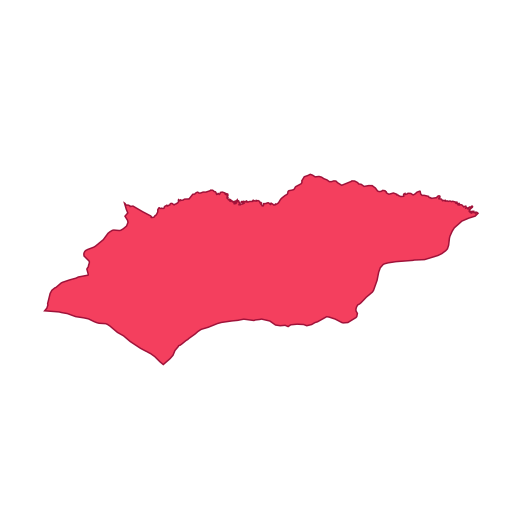 Nambak, Louangphrabang, Laos, rotated 45°
{"feature_id": "54806243B57265531802207", "entity_name": "Nambak", "entity_type": "district", "adm_level": 2, "iso_a3": "LAO", "parent_name": "Laos", "parent_adm1": "Louangphrabang", "projection": "albers", "projection_center": [102.383, 20.596], "detail": "fine", "context": "isolated", "style": "filled", "palette": "rose", "viewbox_px": 512, "rotation_deg": 45, "n_neighbors": 0, "source": "geoboundaries", "source_scale": "gbopen_adm2", "svg_char_len": 6071}
<svg xmlns="http://www.w3.org/2000/svg" viewBox="0 0 512 512"><g transform="rotate(45 256 256)"><path d="M270.7,135.7L266.6,145.4L261.9,146.5L259.5,146.5L257.9,147.9L256.7,150.2L255.2,151.6L252.4,152.0L249.4,153.3L246.6,153.9L244.3,155.2L241.9,158.2L238.7,158.9L236.6,159.9L235.8,162.3L234.1,165.8L235.2,170.4L236.3,171.3L236.7,172.2L236.8,173.2L235.1,178.7L235.1,179.7L235.7,181.4L235.6,182.6L234.7,184.2L233.1,186.5L233.0,187.2L233.2,188.1L234.2,189.3L234.4,190.5L233.8,192.5L233.3,196.5L233.3,198.4L234.3,202.5L234.2,203.3L233.7,205.4L233.6,205.7L233.0,205.6L233.1,206.7L232.5,207.4L230.8,207.5L230.5,208.0L229.6,207.8L229.0,208.6L229.5,209.3L227.2,209.6L226.3,210.6L226.4,211.1L225.9,212.0L225.2,212.5L225.0,213.3L224.3,213.7L225.6,215.1L225.6,215.6L224.9,216.2L223.9,215.8L223.1,216.0L222.3,214.7L221.6,214.7L221.3,215.5L219.8,214.9L218.2,215.4L217.7,216.3L216.9,216.5L217.2,217.1L215.7,218.2L214.6,218.5L214.5,218.9L215.1,219.7L212.8,222.1L212.5,223.1L212.1,223.4L211.6,224.2L211.0,223.7L210.2,223.9L210.2,225.2L208.9,225.9L209.3,226.4L208.2,226.6L208.0,227.3L207.3,227.7L207.4,228.2L207.8,228.2L208.6,227.7L209.4,227.7L209.9,226.9L210.3,227.1L209.7,228.8L208.7,229.9L208.8,230.8L207.8,231.8L207.4,231.5L207.2,230.0L206.6,229.7L206.0,230.0L204.8,229.3L204.5,229.4L204.3,230.0L203.0,229.5L203.1,229.9L204.5,230.7L204.3,231.0L203.2,230.5L203.2,231.2L202.6,231.8L203.4,232.3L203.1,232.8L203.3,232.9L204.1,232.3L204.6,232.5L204.7,233.1L203.7,234.5L203.2,234.3L202.3,232.8L202.1,233.8L201.9,233.9L201.7,233.5L201.0,233.7L201.0,234.3L200.8,234.4L199.9,234.1L199.5,234.9L199.0,234.2L198.5,234.2L198.8,234.9L198.5,235.5L197.6,234.7L196.9,234.8L197.0,235.6L196.7,235.7L196.3,235.4L194.4,235.5L194.1,234.9L194.5,234.3L193.2,234.1L192.8,233.5L193.4,233.3L193.2,232.8L192.2,232.2L191.8,232.4L191.8,233.1L191.2,232.8L190.6,233.1L191.3,233.7L191.2,233.9L190.6,234.0L190.1,233.5L189.9,233.8L189.2,233.5L187.0,234.6L185.9,236.2L186.5,237.4L186.4,238.4L185.2,238.4L184.9,238.7L185.2,239.4L184.6,240.3L182.7,239.4L181.9,239.3L180.8,240.0L179.5,240.0L178.6,240.3L178.3,240.9L177.5,241.2L177.3,242.5L175.3,246.4L173.4,248.2L172.2,250.8L171.3,251.8L169.9,252.0L169.4,252.3L168.8,254.3L168.9,255.2L168.7,255.9L167.7,256.9L167.7,257.6L168.3,263.0L165.2,266.4L164.9,268.0L164.0,269.3L162.9,269.7L163.1,270.6L161.4,270.9L161.7,271.5L162.7,272.1L163.1,274.0L162.6,275.2L162.6,275.8L162.1,276.7L161.9,277.8L159.5,278.2L158.7,278.9L158.5,279.8L159.0,281.0L158.5,281.6L158.2,283.1L157.1,283.1L157.2,283.8L156.5,284.7L156.5,286.2L157.0,286.7L157.1,287.4L156.6,288.2L155.3,289.1L155.3,289.5L154.4,290.2L153.5,290.3L153.3,290.7L153.8,292.7L155.4,294.3L156.4,297.4L156.1,299.0L156.4,300.2L156.3,300.9L155.1,302.5L154.6,302.8L154.1,302.2L153.3,302.1L144.7,304.8L133.7,307.7L132.0,310.0L131.3,309.7L129.6,310.4L128.1,311.9L126.2,311.5L125.6,311.6L131.3,314.7L134.9,316.2L135.2,320.5L139.9,321.6L141.7,322.7L143.3,326.4L142.9,330.6L142.2,333.4L141.5,334.5L137.0,338.3L136.3,339.4L135.6,342.1L135.3,344.6L136.5,352.4L135.5,362.7L135.0,364.6L132.4,370.3L131.7,372.5L131.7,373.8L132.1,375.1L132.8,376.3L134.4,377.6L141.4,377.6L142.1,377.8L143.1,378.8L144.0,380.7L145.1,382.3L145.4,384.2L145.7,384.9L149.4,387.0L150.5,387.7L150.8,388.3L145.2,396.5L144.4,398.9L141.0,404.9L137.8,411.4L137.3,412.9L136.8,419.7L136.3,420.8L135.9,424.6L136.9,428.0L142.4,437.1L143.5,437.8L145.0,440.8L145.3,444.2L156.4,434.7L158.5,433.5L163.3,430.1L171.3,426.4L178.1,421.4L182.0,418.9L188.1,416.8L190.8,415.6L192.6,414.5L197.6,410.1L199.3,409.4L202.2,408.8L212.0,408.0L218.8,406.1L227.6,405.4L239.8,402.9L250.7,399.5L255.6,398.7L263.0,398.7L267.2,398.3L267.8,389.3L267.5,384.9L265.5,380.1L265.1,375.3L264.7,374.1L265.4,372.8L265.8,370.3L266.3,365.1L266.8,363.3L266.8,361.9L268.1,354.1L268.3,350.5L269.0,347.0L269.7,345.5L272.6,340.2L276.5,331.0L278.6,327.3L284.9,318.9L288.6,314.4L292.0,309.3L300.1,303.1L300.8,301.6L303.4,298.4L304.5,296.7L311.7,292.2L318.6,291.0L322.4,288.2L325.6,284.4L328.6,283.2L329.2,280.1L333.3,275.1L338.2,270.7L341.2,269.4L343.8,265.1L344.8,261.3L346.0,259.1L348.9,248.9L350.9,247.5L356.6,244.6L363.9,242.3L365.0,241.6L368.0,238.1L370.2,228.9L370.1,227.6L368.3,224.9L365.7,224.2L364.2,222.9L363.1,220.9L362.5,218.6L363.1,216.8L363.3,214.8L363.1,207.1L363.8,199.2L363.4,197.2L358.8,187.6L354.2,180.7L352.2,176.5L351.9,172.1L352.4,170.6L354.2,167.5L358.9,161.1L369.9,148.3L370.8,146.9L377.7,139.4L384.3,127.0L385.7,122.9L386.4,118.2L386.3,115.6L384.6,112.2L380.1,106.5L379.1,104.8L377.2,99.8L376.3,95.9L376.9,85.7L379.6,78.9L382.8,72.8L382.8,68.8L381.5,68.9L380.9,69.2L381.0,70.1L380.5,69.7L380.2,69.8L379.9,70.8L379.4,70.7L379.4,71.2L379.0,71.2L378.4,70.7L378.4,71.3L377.3,71.4L377.1,71.7L377.2,72.2L378.1,72.7L378.2,73.1L376.6,73.8L376.3,73.6L376.3,72.7L375.9,72.8L375.2,73.6L374.7,73.1L374.3,71.2L374.5,68.5L374.3,68.0L373.8,67.8L373.4,68.0L373.1,70.1L372.3,70.4L372.2,71.6L373.0,72.3L372.8,72.7L372.3,72.9L371.3,72.6L370.9,72.8L370.5,73.7L370.0,72.8L369.1,72.4L368.6,73.1L368.3,74.3L365.6,74.3L364.8,74.7L364.2,75.1L363.7,76.3L362.8,76.8L362.7,76.2L363.1,75.7L362.9,75.4L362.4,75.2L362.1,75.7L362.0,76.6L360.7,76.7L360.3,77.3L359.9,77.3L359.9,76.9L360.4,76.0L360.2,75.8L359.9,75.9L359.1,76.7L356.4,78.2L355.8,79.3L354.7,79.7L353.8,80.5L353.3,81.5L352.1,81.9L351.5,83.0L351.1,83.1L350.5,82.8L350.1,83.8L349.5,83.8L348.8,85.0L347.5,84.7L346.6,84.8L344.9,86.2L344.4,85.9L344.5,84.4L343.8,83.7L342.8,84.0L342.2,85.4L342.4,87.1L339.4,91.1L338.9,91.4L338.3,91.2L337.3,92.1L336.4,92.1L335.9,91.8L332.0,94.2L330.6,95.7L328.6,95.7L326.3,94.2L325.9,94.4L324.7,97.1L324.6,99.4L324.1,101.5L323.7,101.8L321.2,102.3L319.1,104.2L318.9,105.4L318.1,106.8L317.1,106.4L317.0,107.3L316.7,107.7L316.8,108.1L318.2,109.2L318.1,109.5L316.3,111.6L314.1,112.5L313.6,112.4L312.3,113.2L312.0,112.8L311.4,113.0L308.6,114.3L306.3,118.4L303.5,119.1L302.6,118.5L301.8,118.8L301.1,118.6L299.2,120.0L298.9,121.6L298.2,122.6L297.5,123.4L296.0,124.1L292.4,123.5L288.4,124.1L286.0,126.4L283.2,130.4L279.8,130.9L277.5,132.5L276.1,132.2L272.8,133.2L270.7,135.1L270.7,135.7Z" fill="#f43f5e" stroke="#9f1239" stroke-width="1.5"/></g></svg>